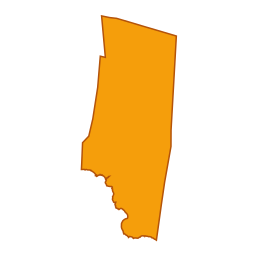 Siumu, Tuamasaga, Samoa (Robinson projection), rotated 2°
{"feature_id": "51752279B86621231996740", "entity_name": "Siumu", "entity_type": "district", "adm_level": 2, "iso_a3": "WSM", "parent_name": "Samoa", "parent_adm1": "Tuamasaga", "projection": "robinson", "projection_center": [-171.773, -13.986], "detail": "fine", "context": "isolated", "style": "filled", "palette": "amber", "viewbox_px": 256, "rotation_deg": 2, "n_neighbors": 0, "source": "geoboundaries", "source_scale": "gbopen_adm2", "svg_char_len": 2380}
<svg xmlns="http://www.w3.org/2000/svg" viewBox="0 0 256 256"><g transform="rotate(2 128 128)"><path d="M173.1,34.4L137.8,25.3L126.4,22.3L112.7,18.8L105.9,18.3L97.7,16.9L102.9,58.2L97.8,57.2L96.3,88.4L92.5,120.2L89.1,137.5L83.1,144.3L83.0,163.9L82.9,171.1L85.3,170.9L86.2,171.0L86.3,171.3L87.0,171.3L87.3,171.0L88.0,170.9L89.0,171.3L91.3,171.3L91.8,171.4L92.0,171.7L92.5,171.6L92.8,171.8L92.9,172.2L93.2,172.2L95.4,173.6L96.8,174.9L97.1,175.6L97.1,176.5L97.7,176.3L97.9,176.5L98.2,176.1L98.7,176.6L98.3,176.8L98.1,177.4L98.3,177.5L99.3,176.9L99.7,176.4L100.4,176.3L100.6,176.0L101.3,176.0L101.6,175.4L102.4,175.5L102.6,176.1L103.2,176.2L103.5,175.9L104.0,175.9L104.3,176.5L105.1,176.7L106.2,177.7L106.7,178.3L107.0,178.8L107.5,180.4L107.9,180.4L107.7,179.7L108.0,179.1L108.5,178.6L109.5,178.2L110.3,177.2L110.8,177.1L110.5,177.4L109.5,178.5L108.4,179.0L108.1,179.4L108.2,181.0L107.8,181.9L107.2,182.9L107.3,183.7L108.1,184.8L108.8,186.5L109.3,186.4L109.9,186.8L112.2,187.1L113.6,187.0L114.4,187.6L114.4,187.9L113.9,188.7L114.1,189.3L114.7,189.5L114.7,191.1L115.3,192.5L115.7,193.1L116.1,194.4L115.7,195.7L115.4,196.6L115.0,197.0L115.2,198.9L114.9,199.4L115.0,200.1L115.3,200.8L116.0,202.0L116.2,202.6L116.9,202.9L117.9,202.6L118.4,202.6L117.9,203.9L118.0,204.2L117.7,204.6L117.7,205.3L118.3,205.9L118.3,206.9L118.4,207.5L118.9,207.9L118.9,208.4L119.8,208.6L120.7,209.2L121.0,209.0L121.8,209.8L123.4,208.6L124.0,208.6L124.9,208.9L125.1,209.2L126.0,209.6L126.2,210.1L127.1,210.5L128.0,212.0L128.7,212.5L129.1,213.1L129.7,213.6L130.5,214.6L130.8,215.8L130.9,216.8L130.8,217.6L130.6,218.3L128.7,218.9L127.5,219.6L126.1,220.9L124.9,223.4L124.8,224.3L124.9,225.6L124.8,226.0L124.9,227.4L125.2,228.5L126.0,230.1L126.4,230.4L126.4,230.8L126.9,231.7L126.9,232.1L127.2,233.2L127.6,234.0L128.0,233.7L130.1,235.3L130.4,235.3L131.2,235.8L131.6,236.4L132.3,236.6L132.4,237.3L132.7,237.1L132.7,236.6L133.6,236.3L134.7,236.6L135.4,236.6L136.6,237.3L136.7,237.7L137.2,237.8L137.4,238.1L137.8,237.8L139.6,237.6L140.0,237.7L141.8,237.8L143.5,236.6L144.0,236.6L144.4,236.0L145.3,235.4L146.5,235.2L147.2,235.4L147.5,235.2L148.4,235.4L148.6,235.7L148.9,235.2L149.8,235.4L151.6,235.6L152.2,235.9L153.5,235.8L155.3,236.3L155.8,237.0L156.8,237.0L158.4,238.2L158.8,238.2L160.3,239.1L164.1,202.5L166.5,180.8L171.6,144.9L171.1,128.7L173.1,34.4Z" fill="#f59e0b" stroke="#b45309" stroke-width="1.5"/></g></svg>